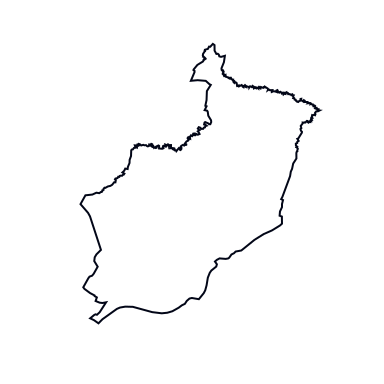 Benchalak, Si Sa Ket, Thailand (Robinson projection), rotated 103°
{"feature_id": "78962969B60458593570570", "entity_name": "Benchalak", "entity_type": "district", "adm_level": 2, "iso_a3": "THA", "parent_name": "Thailand", "parent_adm1": "Si Sa Ket", "projection": "robinson", "projection_center": [104.649, 14.787], "detail": "fine", "context": "isolated", "style": "outline", "palette": "ink", "viewbox_px": 384, "rotation_deg": 103, "n_neighbors": 0, "source": "geoboundaries", "source_scale": "gbopen_adm2", "svg_char_len": 5867}
<svg xmlns="http://www.w3.org/2000/svg" viewBox="0 0 384 384"><g transform="rotate(103 192 192)"><path d="M294.9,161.2L287.9,157.8L284.8,157.0L279.6,156.8L271.9,157.3L266.7,156.5L264.2,155.5L259.2,151.6L256.8,151.5L254.6,154.0L252.5,152.5L250.5,150.2L249.6,144.1L248.6,141.8L247.7,141.0L244.0,139.5L242.2,137.3L240.2,136.1L237.9,130.8L224.5,120.3L216.9,112.7L211.5,105.5L204.8,98.7L202.6,97.2L195.7,98.9L195.4,101.3L191.2,101.9L186.5,100.9L183.5,101.6L179.4,101.5L178.9,103.5L176.3,102.8L154.5,100.0L150.0,100.3L146.9,99.7L141.5,99.8L135.9,97.8L130.5,99.1L129.2,99.0L128.6,98.5L128.0,98.8L126.1,98.6L125.2,99.7L124.6,99.6L124.7,100.4L123.9,100.2L123.3,101.2L121.5,101.7L120.6,100.5L119.4,100.7L118.2,99.6L116.5,101.3L116.0,100.5L109.5,98.3L108.6,98.4L107.8,99.6L106.2,100.5L105.2,99.8L103.2,100.9L100.1,99.5L99.4,99.8L99.1,98.1L98.2,97.3L98.9,97.5L98.8,97.1L96.9,96.1L96.8,95.3L98.0,94.7L98.2,94.1L97.5,93.8L97.3,92.7L96.7,93.1L95.9,92.8L96.0,91.9L95.4,92.2L94.9,91.3L94.3,91.8L94.4,92.4L93.0,92.5L92.7,91.4L91.6,92.2L90.0,92.2L90.1,91.4L89.2,90.4L89.5,89.4L88.5,89.2L87.1,89.9L85.5,89.1L85.0,87.4L83.9,86.1L84.1,87.9L82.9,87.5L82.9,88.7L82.4,89.1L83.0,89.5L82.8,90.9L81.8,90.5L81.2,91.3L81.2,92.2L80.3,91.7L80.1,92.2L80.6,93.3L79.5,93.9L79.7,95.3L79.2,95.8L79.6,96.3L78.9,96.3L78.7,96.8L79.5,99.1L78.7,98.7L78.3,99.7L79.0,102.5L77.7,102.7L77.4,103.6L78.9,103.8L77.9,106.3L76.6,106.5L76.9,107.2L78.7,107.0L79.3,108.1L80.4,108.7L80.4,109.9L79.9,110.2L79.9,110.9L79.2,111.7L78.0,111.9L78.9,112.2L78.9,112.8L77.6,113.5L77.7,114.4L77.3,114.3L76.2,115.0L75.0,114.7L75.1,115.4L74.3,116.1L75.2,116.9L74.7,117.3L75.0,118.2L74.6,118.8L75.0,120.3L74.1,120.6L74.0,122.0L73.5,122.3L74.1,123.0L75.5,122.9L75.5,123.3L74.4,123.9L74.6,124.6L75.0,124.7L75.1,124.1L76.4,124.9L74.9,125.9L75.7,126.7L75.0,127.1L74.5,128.4L75.4,129.0L75.1,129.6L75.6,130.4L75.5,131.8L74.1,131.2L73.5,131.7L74.1,132.5L75.1,132.3L74.8,132.9L75.4,133.3L75.4,135.1L76.6,136.8L75.5,137.2L74.7,136.9L75.3,139.2L74.8,140.2L75.7,141.0L74.8,140.9L74.1,141.6L73.0,144.7L73.7,144.7L73.6,145.7L74.5,146.1L74.2,148.4L75.7,148.5L75.4,149.5L74.7,149.5L74.4,150.4L75.1,150.8L76.1,150.6L75.7,151.2L76.6,152.3L76.5,152.9L75.7,152.4L75.6,153.7L77.1,155.0L76.2,155.5L75.6,155.1L75.1,156.6L76.1,156.5L75.9,157.2L76.3,157.4L75.9,158.5L76.4,159.4L77.2,159.7L76.5,159.9L77.0,160.5L76.5,163.4L75.9,164.4L76.7,164.9L77.4,164.1L77.2,165.5L78.3,165.4L78.0,166.3L76.6,167.7L78.7,170.2L78.6,170.6L78.1,170.2L77.6,170.4L78.5,171.9L75.8,173.0L75.4,173.8L75.7,174.4L75.0,175.1L76.1,175.4L75.3,176.5L74.3,176.3L73.9,177.4L73.2,177.3L73.2,179.0L71.9,179.8L72.1,180.7L73.0,180.9L72.7,182.2L72.2,182.5L72.1,184.9L71.0,185.4L71.7,185.9L71.9,186.7L71.5,187.0L71.0,185.9L70.4,185.9L70.9,186.8L70.0,188.7L69.5,188.7L69.3,188.0L68.5,188.5L67.7,188.2L66.4,189.2L66.4,189.6L67.0,189.1L67.2,189.4L66.4,190.6L64.8,191.1L58.4,190.1L51.9,190.6L53.8,194.1L53.7,195.9L52.1,196.8L51.5,198.0L52.0,199.3L49.2,201.8L43.8,203.1L43.0,205.0L46.4,206.9L46.5,208.1L49.0,208.7L50.5,211.4L51.7,211.0L51.9,211.5L52.5,211.4L54.9,212.3L56.5,212.2L57.2,211.5L57.7,211.6L57.9,210.3L58.4,209.7L59.3,210.0L58.8,209.0L59.1,208.7L60.8,210.2L62.4,210.7L66.9,215.3L72.3,218.0L72.9,218.0L73.4,216.8L74.6,216.5L83.9,218.1L81.8,211.7L80.6,203.6L83.0,199.3L83.4,197.8L90.3,200.2L99.2,198.5L105.0,198.4L105.2,197.1L109.4,198.1L109.4,195.5L110.3,194.7L114.0,193.3L117.8,189.6L119.5,189.0L121.8,189.4L122.1,190.6L121.5,191.6L120.9,194.9L121.5,195.4L123.4,195.4L123.3,194.5L124.1,192.7L124.9,193.9L126.1,193.9L126.7,195.0L127.9,195.3L128.5,197.3L127.5,198.2L127.3,200.0L128.9,200.6L130.0,198.8L130.4,199.5L131.0,199.4L131.6,200.0L132.4,198.8L133.8,197.7L134.9,199.2L134.5,200.6L135.5,201.2L134.3,202.3L134.8,203.9L135.2,204.0L135.7,202.6L136.1,202.6L136.2,203.7L137.5,204.4L137.0,205.7L138.1,206.0L138.9,207.2L139.5,207.1L139.9,206.0L140.5,205.8L140.0,208.3L140.6,208.4L141.2,207.9L141.2,206.7L142.8,207.3L143.9,208.7L146.3,209.8L146.8,208.3L147.3,208.2L147.6,208.6L147.4,209.9L148.5,210.2L148.2,211.5L149.4,212.8L150.3,213.2L151.1,212.3L152.4,212.0L153.7,212.6L153.6,213.2L152.1,214.0L152.0,214.6L155.7,216.4L155.0,216.9L155.3,217.9L154.0,218.7L154.9,219.1L154.6,220.4L153.5,220.6L154.2,222.9L153.2,222.5L151.0,223.0L151.2,223.8L152.7,224.5L151.5,224.8L151.0,226.0L152.1,226.2L151.8,228.4L153.2,227.5L153.7,227.6L153.8,229.0L153.1,229.6L153.7,230.5L155.2,230.5L155.9,229.8L156.6,230.8L157.0,233.9L154.5,234.4L154.2,235.1L155.1,236.3L156.9,236.5L157.2,237.1L156.3,237.6L157.6,238.9L156.1,239.9L157.0,240.7L156.4,242.1L155.4,241.1L154.5,241.4L154.2,242.2L154.3,242.6L155.3,242.8L155.3,244.4L156.8,244.3L157.5,245.3L157.4,246.1L156.7,247.2L157.2,249.0L157.0,250.1L158.1,252.0L157.3,253.2L157.1,254.8L157.6,255.0L159.3,253.8L158.2,256.0L158.9,256.2L160.4,255.8L159.3,257.6L159.4,258.2L161.5,256.9L162.1,258.5L163.8,259.2L164.1,260.1L165.0,260.6L170.7,259.5L174.7,260.0L177.8,259.4L181.9,260.1L184.1,259.9L184.2,262.3L186.5,262.8L188.6,264.2L189.3,262.0L190.4,262.4L190.8,263.2L191.9,263.8L192.1,265.2L192.6,266.0L193.6,266.2L193.7,267.3L195.2,267.7L196.1,269.6L197.0,269.9L197.6,268.9L199.8,268.8L200.0,270.0L202.9,271.4L204.4,272.9L205.5,275.2L207.5,277.4L207.5,278.2L208.8,278.9L209.9,278.7L210.6,279.8L211.6,279.6L212.3,280.0L212.4,280.7L214.0,282.1L214.2,285.0L216.9,288.5L219.2,295.1L228.9,297.9L235.7,288.6L238.7,285.9L268.9,267.7L274.3,271.1L277.5,272.1L281.3,271.7L286.0,267.1L293.8,269.4L296.0,270.5L297.5,272.8L299.3,273.6L309.3,276.5L310.6,275.0L313.4,268.6L314.7,263.7L315.3,263.5L316.1,261.0L319.9,261.4L320.6,257.1L320.3,254.3L318.8,250.9L329.9,254.9L333.0,257.0L332.9,258.5L333.8,259.6L338.0,262.8L338.9,258.7L341.0,253.6L336.1,250.6L322.8,238.9L320.8,236.2L318.7,231.2L317.2,223.8L318.0,203.7L317.0,194.2L315.2,188.9L312.6,184.3L307.7,178.9L304.7,176.4L302.6,173.8L299.3,172.6L296.4,170.5L295.3,168.3L294.9,161.2Z" fill="none" stroke="#020617" stroke-width="2"/></g></svg>